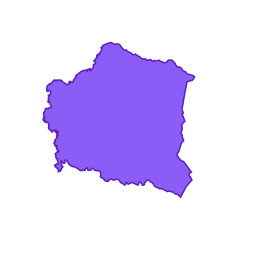 outline of Ramón Trigo, Cerro Largo, Uruguay, rotated 334°
{"feature_id": "84410073B37357941018969", "entity_name": "Ramón Trigo", "entity_type": "district", "adm_level": 2, "iso_a3": "URY", "parent_name": "Uruguay", "parent_adm1": "Cerro Largo", "projection": "orthographic", "projection_center": [-54.703, -32.291], "detail": "fine", "context": "isolated", "style": "filled", "palette": "violet", "viewbox_px": 256, "rotation_deg": 334, "n_neighbors": 0, "source": "geoboundaries", "source_scale": "gbopen_adm2", "svg_char_len": 5565}
<svg xmlns="http://www.w3.org/2000/svg" viewBox="0 0 256 256"><g transform="rotate(334 128 128)"><path d="M144.9,213.2L155.1,205.9L162.7,202.7L162.7,199.4L162.2,198.4L161.9,197.4L163.4,195.6L165.6,195.5L163.9,185.8L163.2,182.3L161.9,181.5L160.8,178.5L160.0,174.0L161.5,172.4L162.4,172.0L164.1,170.7L169.0,165.3L172.6,163.6L172.7,160.8L173.6,158.3L173.5,155.6L176.1,153.0L178.0,148.2L182.0,146.9L182.2,146.1L182.8,139.1L184.4,138.8L184.5,135.2L194.0,122.0L199.9,114.2L201.5,112.3L206.6,113.3L208.3,112.6L210.3,111.2L209.3,109.2L204.7,105.2L204.4,102.7L202.5,100.7L202.0,97.1L198.9,94.0L198.5,92.6L198.6,90.0L197.9,88.5L197.5,86.7L196.4,85.7L194.4,84.8L193.2,84.9L191.6,85.8L189.3,85.6L187.7,83.4L186.4,82.5L185.9,81.0L185.1,80.4L182.7,80.3L182.2,80.1L182.0,79.5L181.4,78.8L180.0,78.9L179.2,78.7L178.4,76.5L177.8,76.1L174.8,75.7L174.3,74.2L173.4,73.3L171.7,72.6L170.2,70.8L169.8,68.9L168.8,68.0L167.8,66.3L167.2,64.8L166.5,64.8L165.4,64.9L164.4,64.1L163.9,62.3L161.0,58.8L160.7,57.0L159.1,56.5L158.6,56.0L157.7,53.1L157.2,49.9L156.0,48.1L153.1,46.9L151.5,45.6L150.3,43.7L146.5,43.0L141.5,42.8L140.8,43.6L139.3,43.9L138.9,44.1L138.9,44.6L139.3,45.3L137.5,47.0L137.1,47.4L135.3,48.2L134.7,48.8L134.7,49.1L134.2,49.4L133.7,49.5L133.6,49.3L133.8,48.7L133.6,48.5L133.4,48.5L132.7,49.0L131.8,49.0L131.3,49.8L131.4,50.2L131.7,50.3L131.8,50.9L131.7,51.1L130.5,51.0L128.5,51.9L128.3,52.6L127.0,52.6L126.7,52.8L126.7,53.3L127.1,53.5L127.6,54.5L127.0,55.7L126.7,55.9L125.6,55.8L124.6,55.9L124.1,57.2L123.0,58.7L121.9,58.8L120.9,59.4L119.3,60.1L119.1,60.0L119.0,59.5L119.1,59.3L119.6,59.3L120.0,58.8L119.7,58.1L119.5,57.9L118.9,58.3L118.3,58.1L118.0,57.8L117.7,57.8L117.0,58.6L116.4,59.0L116.2,58.8L116.4,58.5L116.4,57.7L113.0,56.8L111.4,56.9L110.8,56.6L110.6,56.6L108.7,57.2L107.9,57.1L106.2,57.6L105.2,57.7L104.0,58.1L103.8,58.5L104.0,59.1L103.8,59.4L102.3,59.9L99.7,61.2L99.6,61.9L98.7,62.6L97.6,62.3L96.3,60.7L95.8,60.5L94.9,61.1L94.9,61.3L95.3,61.7L95.3,62.1L95.2,62.3L94.6,62.5L93.1,62.3L92.6,62.6L92.4,62.6L91.2,61.0L90.6,59.6L89.7,58.4L89.2,57.6L89.1,56.8L89.3,56.4L89.2,56.0L88.8,55.7L88.3,55.9L87.9,55.6L87.5,54.9L86.2,54.2L85.1,54.0L84.7,53.7L84.4,53.8L84.3,54.2L84.0,54.2L83.6,53.7L83.5,52.9L83.3,52.7L83.0,52.6L81.9,52.7L80.8,53.1L80.2,53.3L79.4,54.2L79.1,54.3L77.4,53.9L76.7,54.3L76.4,54.0L76.2,54.0L75.5,54.4L74.6,54.5L73.6,55.1L71.9,57.4L71.4,58.5L71.6,59.8L71.7,60.0L72.0,60.1L72.4,59.5L73.7,59.7L74.2,60.4L74.6,61.3L73.8,62.0L73.4,63.2L72.8,63.6L71.5,64.0L71.1,63.7L70.7,63.8L70.4,64.8L70.5,65.4L70.4,65.6L70.2,65.9L69.3,66.4L69.1,67.8L67.5,69.3L67.5,69.9L67.7,70.2L68.1,70.3L68.3,69.9L68.6,70.0L68.8,70.1L68.9,70.6L68.8,71.2L68.5,72.9L68.6,75.0L68.0,75.6L67.6,75.7L66.3,75.2L64.6,75.6L64.3,75.4L64.2,75.0L63.8,74.7L62.4,74.5L60.5,76.4L58.9,77.4L58.4,77.9L58.2,78.4L58.2,79.3L58.1,80.1L57.9,80.5L57.5,80.6L57.2,81.0L57.3,81.4L57.8,81.5L57.8,81.8L57.1,82.4L56.3,82.2L55.6,82.7L55.4,83.0L55.3,84.1L55.5,84.7L56.3,84.4L56.8,84.5L56.9,85.4L56.6,85.8L56.2,85.9L56.0,86.2L56.1,86.6L57.4,87.3L58.2,87.3L58.5,87.5L58.6,88.2L58.6,88.8L58.3,89.3L58.0,90.1L57.7,92.0L57.1,92.3L56.7,92.7L56.5,93.3L56.5,93.9L57.0,95.8L57.8,96.1L58.0,96.5L58.0,97.4L57.6,97.7L57.5,98.0L58.5,98.3L58.8,97.7L59.7,97.4L61.0,97.5L61.4,97.7L61.5,97.9L61.6,98.2L60.9,98.5L60.8,99.0L60.8,99.3L61.1,99.9L61.5,99.9L61.6,99.7L61.6,99.3L61.9,98.9L62.4,98.9L62.6,99.2L62.5,99.8L62.6,100.1L62.8,100.2L63.5,100.3L63.6,100.8L63.4,101.1L62.9,101.1L62.2,100.7L61.4,101.2L61.3,101.9L62.1,102.1L62.3,102.2L62.4,102.4L61.8,103.9L61.5,103.8L61.2,103.4L60.2,103.8L60.2,104.5L60.5,105.5L60.3,105.8L59.4,105.7L56.9,106.9L56.6,107.1L56.5,107.4L56.6,108.0L56.8,108.1L56.8,108.4L56.6,108.7L55.2,108.8L54.8,109.1L54.8,109.6L55.1,110.3L55.1,110.7L54.5,111.5L54.6,112.0L55.5,112.5L56.3,112.5L56.5,112.7L56.4,113.1L55.5,113.2L55.2,113.6L55.0,113.8L55.2,114.6L54.7,115.6L55.7,118.2L55.6,118.6L55.3,119.0L55.0,119.0L54.8,118.8L54.8,118.3L54.4,118.1L53.6,118.6L51.5,119.2L51.1,119.7L51.2,121.0L50.4,122.0L50.5,123.1L50.2,124.0L50.3,124.4L50.7,124.8L50.8,125.2L50.6,125.8L50.4,126.0L50.3,126.4L50.3,127.7L50.1,128.3L49.7,128.8L49.7,129.4L49.6,129.6L49.1,129.6L48.3,129.0L47.4,129.5L46.3,129.0L45.7,129.5L45.7,130.4L46.0,131.9L46.3,132.6L46.6,132.7L47.0,133.3L46.9,134.0L47.2,135.1L46.7,136.3L46.3,136.6L48.0,137.1L49.6,136.3L51.4,134.5L52.4,134.4L52.3,131.5L52.7,129.3L53.4,128.5L53.9,128.5L54.3,129.6L54.3,131.2L55.2,131.7L56.1,131.7L57.0,129.4L57.7,129.1L58.3,129.6L58.9,131.8L58.9,134.1L59.5,135.9L61.1,138.3L63.3,139.8L64.5,141.8L65.6,143.1L66.1,145.0L66.9,145.6L69.0,146.3L70.4,147.0L71.1,147.1L71.6,146.0L72.3,145.8L73.9,146.0L73.4,148.3L74.1,148.9L76.3,149.5L77.7,148.7L78.4,148.6L78.9,149.3L79.5,151.5L83.3,153.9L83.7,155.0L83.6,156.8L83.0,158.1L82.0,159.3L81.9,160.4L82.8,161.6L83.7,162.3L83.9,164.7L84.6,165.8L86.1,166.9L86.9,167.2L88.2,166.2L89.5,166.5L90.7,166.5L91.3,167.1L91.8,168.2L92.5,168.8L94.4,168.9L95.0,168.8L97.2,170.8L97.4,173.8L98.6,175.1L99.8,177.7L100.3,177.8L101.1,177.6L101.8,176.6L102.1,176.3L102.5,176.2L103.0,176.6L103.3,178.2L103.5,178.6L107.6,178.8L108.3,179.2L109.3,180.4L110.2,181.7L111.0,182.6L111.7,183.6L112.3,183.6L113.3,182.8L113.7,182.0L114.3,181.4L114.9,181.6L115.3,182.2L115.8,183.8L115.8,185.7L116.7,186.2L117.9,186.0L118.2,185.2L118.7,184.8L119.8,184.5L120.9,183.7L122.1,183.4L123.2,183.5L123.9,184.3L124.4,185.8L125.0,186.9L125.9,188.0L126.5,192.2L127.5,193.7L128.7,194.7L129.0,195.7L130.3,196.7L131.9,197.5L133.0,198.8L135.4,202.4L137.9,202.9L139.3,204.8L140.8,205.4L141.1,207.5L144.1,210.1L144.2,211.6L144.9,213.2Z" fill="#8b5cf6" stroke="#5b21b6" stroke-width="1.5"/></g></svg>